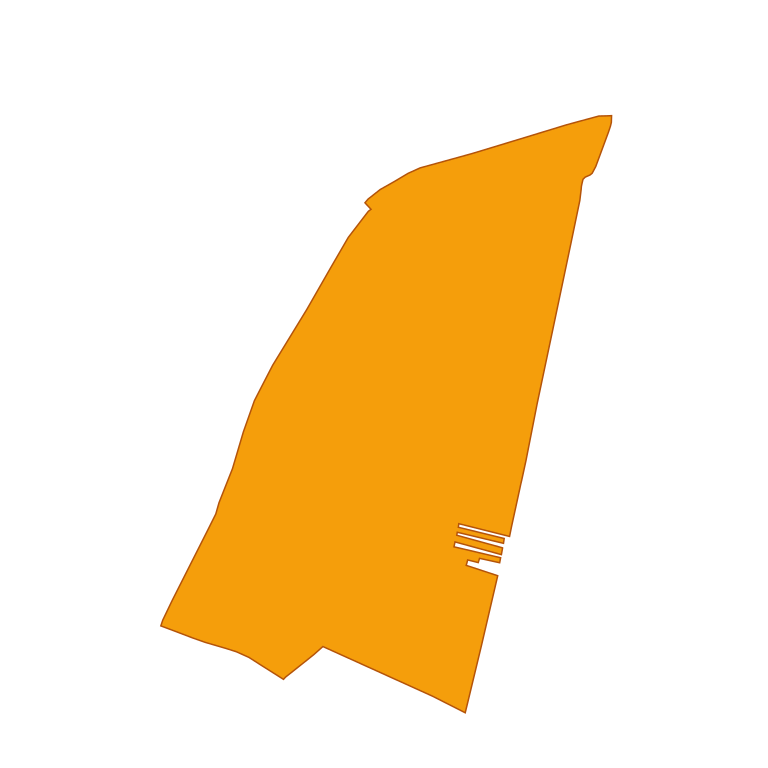 the district of Shubra, Al Qahirah, Egypt, rotated 192°
{"feature_id": "37247803B2980274366801", "entity_name": "Shubra", "entity_type": "district", "adm_level": 2, "iso_a3": "EGY", "parent_name": "Egypt", "parent_adm1": "Al Qahirah", "projection": "natural_earth1", "projection_center": [31.25, 30.072], "detail": "fine", "context": "isolated", "style": "filled", "palette": "amber", "viewbox_px": 768, "rotation_deg": 192, "n_neighbors": 0, "source": "geoboundaries", "source_scale": "gbopen_adm2", "svg_char_len": 1381}
<svg xmlns="http://www.w3.org/2000/svg" viewBox="0 0 768 768"><g transform="rotate(192 384 384)"><path d="M440.3,557.3L437.8,555.5L433.0,552.2L435.2,549.7L436.9,546.2L449.4,520.0L460.4,486.4L475.0,440.9L496.8,379.2L503.3,355.5L507.3,340.7L511.6,307.9L514.6,269.7L520.7,233.6L521.5,221.9L526.4,203.0L545.9,129.3L546.3,127.7L546.7,126.1L551.3,107.1L551.9,101.9L552.0,101.0L544.7,99.9L518.2,95.8L505.1,94.1L483.8,92.5L472.7,91.4L459.3,88.5L446.3,83.6L420.9,74.2L420.1,75.6L419.3,76.9L409.3,89.0L396.4,104.7L389.2,114.5L271.6,88.7L236.2,79.3L235.9,89.4L234.3,148.4L233.4,194.8L232.9,220.1L265.9,223.7L265.7,226.5L265.6,229.3L259.4,229.1L254.7,228.9L254.5,231.1L254.3,233.3L247.7,233.3L233.7,233.2L233.8,237.7L233.8,238.3L281.7,239.3L281.7,244.3L233.7,241.5L233.9,247.9L234.0,248.4L281.4,251.2L281.5,254.2L234.0,253.0L234.3,257.9L281.5,259.3L281.8,262.9L232.4,261.1L229.5,261.0L229.6,271.3L229.5,290.0L229.4,310.4L229.4,314.4L229.3,318.3L229.2,338.4L230.1,396.8L230.2,472.3L230.4,560.7L230.6,604.2L231.6,615.3L232.0,618.4L232.0,621.7L231.9,625.6L230.2,628.2L227.0,630.5L225.9,631.3L224.2,633.4L222.1,640.7L216.8,677.1L216.1,683.3L216.0,687.2L217.2,693.8L219.1,693.3L221.8,692.6L229.5,690.8L246.7,682.0L259.3,675.5L309.0,648.0L345.8,627.7L393.6,602.9L404.2,595.1L416.2,584.0L428.1,573.5L438.0,561.6L439.4,559.0L440.3,557.3Z" fill="#f59e0b" stroke="#b45309" stroke-width="1.5"/></g></svg>